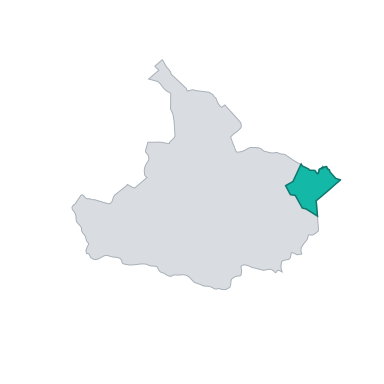 Kapoeta East, Eastern Equatoria, South Sudan (highlighted), rotated 319°
{"feature_id": "79223893B62671962917549", "entity_name": "Kapoeta East", "entity_type": "district", "adm_level": 2, "iso_a3": "SSD", "parent_name": "South Sudan", "parent_adm1": "Eastern Equatoria", "projection": "equal_earth", "projection_center": [35.583, 5.094], "detail": "fine", "context": "in_parent", "style": "filled", "palette": "teal", "viewbox_px": 384, "rotation_deg": 319, "n_neighbors": 0, "source": "geoboundaries", "source_scale": "gbopen_adm2", "svg_char_len": 5887}
<svg xmlns="http://www.w3.org/2000/svg" viewBox="0 0 384 384"><g transform="rotate(319 192 192)"><path d="M271.6,291.5L263.3,302.7L262.7,303.4L261.7,304.3L258.3,304.3L254.9,303.7L251.7,300.8L248.4,303.1L246.3,303.8L245.1,304.0L242.2,304.4L238.1,305.6L236.3,307.1L235.3,308.3L234.5,310.5L234.1,310.7L233.3,310.5L232.3,309.6L230.1,308.3L229.0,305.5L228.0,303.8L227.2,303.0L223.7,305.7L222.0,306.4L220.7,306.3L218.2,304.8L215.4,303.4L214.0,303.4L211.9,305.1L209.4,307.6L208.2,310.1L207.6,311.5L206.7,309.3L205.9,307.9L204.8,307.3L202.4,307.9L201.9,307.1L201.8,305.2L201.4,303.4L200.9,302.1L199.1,300.7L194.5,298.0L190.9,292.7L189.2,290.2L187.9,288.5L186.0,284.3L183.9,281.4L181.4,280.1L179.7,280.7L178.0,283.8L174.7,286.8L173.2,286.9L171.3,285.3L168.9,284.1L164.6,283.7L162.8,285.0L160.4,287.3L158.4,288.6L157.2,288.8L156.0,288.2L154.7,288.0L153.6,287.9L151.3,285.9L150.1,284.4L149.3,282.9L148.0,281.9L146.5,281.1L145.4,279.8L144.9,278.2L144.0,276.1L142.9,274.3L139.4,270.9L138.3,269.0L137.6,267.1L136.2,264.9L134.6,262.1L134.2,257.9L134.1,254.6L133.8,253.1L133.2,251.5L132.4,250.2L131.2,248.7L128.3,246.6L125.4,244.1L123.9,242.6L121.2,242.1L119.6,240.7L118.3,237.6L117.7,235.1L116.4,233.1L115.8,231.7L115.5,230.1L116.6,225.2L115.1,223.4L112.7,221.1L111.1,218.7L110.1,216.4L107.1,213.4L100.5,208.9L96.8,206.0L94.7,203.4L92.9,200.9L92.8,199.9L94.0,197.4L94.2,195.3L93.2,193.0L89.3,188.7L86.2,184.0L83.9,182.5L78.2,181.2L76.6,180.7L74.9,179.8L73.2,177.6L72.6,175.1L73.5,171.1L73.0,169.9L72.0,169.5L72.3,168.7L73.4,166.7L75.2,165.5L79.9,163.5L80.2,162.7L80.3,160.2L80.7,159.0L82.4,155.5L82.6,154.1L82.7,151.1L82.9,149.7L83.4,148.7L84.7,147.0L85.2,146.0L85.4,143.7L85.3,139.2L86.0,137.4L89.0,133.4L89.8,131.5L90.1,129.9L90.1,128.2L90.3,126.6L91.2,125.0L92.0,124.5L94.2,124.0L95.6,124.4L106.1,121.6L107.3,122.0L107.8,123.6L107.7,126.2L107.9,127.5L108.5,128.4L110.1,129.7L111.2,131.8L111.8,132.5L113.5,134.0L121.1,146.0L123.3,147.1L125.4,146.7L129.6,144.2L131.7,143.6L146.5,144.3L148.1,143.9L148.2,144.0L150.4,150.0L151.5,151.4L167.6,151.5L167.3,149.8L167.5,147.8L170.4,144.1L170.8,143.7L173.3,141.9L175.8,140.8L180.5,139.4L182.2,137.2L183.1,135.2L183.2,131.3L183.8,130.6L184.9,129.7L190.4,126.2L191.3,125.5L200.8,133.6L206.1,140.1L206.5,140.4L206.7,140.5L207.0,140.3L207.3,140.0L207.9,139.7L210.2,139.6L214.6,139.3L216.0,138.5L224.8,127.0L227.0,123.3L227.6,122.6L228.9,120.0L230.2,115.5L230.5,115.0L240.1,104.2L240.4,103.3L240.5,102.7L239.1,99.0L238.8,97.2L238.7,94.4L239.0,90.0L238.9,87.2L238.8,86.4L238.7,86.3L233.4,78.3L246.9,78.3L246.9,77.3L246.9,76.9L246.6,76.0L246.5,74.7L246.5,74.0L246.6,73.4L246.6,73.0L246.5,72.7L256.3,72.6L256.1,74.9L254.9,80.1L254.9,83.3L254.7,86.9L254.3,88.0L253.8,88.8L253.7,89.3L253.6,89.6L255.6,109.9L255.4,110.7L254.9,112.0L254.8,112.4L254.7,112.7L254.9,112.9L259.4,115.1L259.6,115.2L259.8,115.4L261.4,118.0L270.1,127.6L270.4,128.1L271.3,131.1L271.4,131.6L271.5,132.3L271.5,132.9L271.2,134.7L271.3,135.5L271.5,136.0L271.6,136.6L271.6,136.8L271.5,137.3L270.2,140.8L269.7,143.2L269.6,145.3L269.7,146.5L269.8,147.3L270.0,147.6L273.9,147.8L273.9,148.9L274.3,167.2L274.3,169.2L274.2,171.8L273.7,172.8L272.7,174.3L271.3,175.6L267.9,175.9L265.0,175.9L263.0,175.6L260.2,175.5L257.6,175.8L256.7,176.9L253.2,186.6L252.2,189.1L251.9,190.5L252.2,191.4L253.5,192.6L256.5,194.3L259.9,195.3L262.4,195.8L264.1,196.2L265.4,196.8L270.2,201.2L271.8,203.2L272.6,205.1L272.8,207.0L273.5,209.0L277.9,215.1L282.1,217.9L283.7,221.2L285.2,222.8L286.7,224.5L287.4,227.0L289.3,234.4L290.5,238.2L291.7,241.4L292.2,246.5L293.2,248.8L294.2,251.6L295.9,254.1L297.7,256.0L298.0,256.5L279.9,280.5L271.6,291.5Z" fill="#d9dde1" stroke="#a8b0b8" stroke-width="1"/><path d="M266.9,279.5L270.9,292.6L271.9,291.1L278.4,282.2L279.8,280.1L292.7,280.3L300.0,280.3L305.3,280.2L311.9,280.3L312.0,280.2L311.9,280.1L309.4,276.1L309.3,267.8L309.3,267.1L309.4,266.9L309.5,266.8L309.5,266.7L309.7,266.4L309.8,266.3L309.8,266.2L309.9,265.9L310.0,265.9L310.1,265.7L310.1,265.4L310.2,265.2L310.1,264.9L310.1,264.7L309.9,264.4L309.7,264.3L309.7,264.2L309.6,263.8L309.6,263.7L309.4,263.5L309.4,263.4L309.4,263.2L309.5,263.1L309.5,262.9L309.5,262.7L309.7,262.4L309.8,262.4L309.9,262.2L310.0,262.1L310.1,261.9L310.2,261.7L310.2,261.4L310.2,261.2L309.9,261.1L309.7,261.0L309.7,260.9L309.7,260.7L309.4,260.7L309.2,260.5L309.0,260.4L308.8,260.4L308.7,260.4L308.6,260.2L308.4,260.2L308.4,260.3L308.2,260.3L308.1,260.2L307.9,259.9L308.0,259.8L307.9,259.7L307.7,259.6L307.4,259.7L307.4,259.4L307.2,259.4L307.3,259.3L307.2,259.2L307.1,259.3L307.1,259.2L307.0,259.3L306.9,259.2L306.7,259.2L306.7,259.3L306.5,259.2L306.5,259.3L306.4,259.3L306.2,259.3L306.0,259.2L305.9,259.2L305.8,259.3L305.7,259.3L305.5,259.5L305.4,259.5L305.4,259.4L305.3,259.5L305.2,259.4L305.3,259.3L305.2,259.2L305.2,258.9L304.9,258.9L305.0,259.0L304.9,259.0L304.8,258.9L304.7,258.8L304.6,258.7L304.4,258.6L304.2,258.6L304.3,258.6L304.2,258.6L303.9,258.7L303.7,258.5L303.7,258.4L303.4,258.4L303.3,258.5L303.2,258.5L303.1,258.4L302.9,258.4L302.8,258.5L302.7,258.5L302.4,258.6L302.2,258.7L302.2,258.8L302.0,259.0L301.9,259.1L301.8,259.3L301.8,259.2L301.7,259.2L301.7,259.3L301.5,259.5L301.4,259.6L301.2,259.7L301.2,259.8L301.0,260.0L300.9,260.0L300.7,260.1L300.4,260.1L300.2,260.2L300.2,260.3L299.8,260.4L299.6,260.6L299.4,260.8L299.0,260.8L298.9,260.8L298.8,260.7L298.7,260.5L298.7,260.3L298.6,260.2L298.6,259.9L298.6,259.5L298.7,259.4L298.7,259.2L298.5,258.7L298.5,258.4L298.6,258.2L298.7,257.9L298.8,257.8L298.8,257.6L298.8,257.3L298.9,257.2L298.8,256.9L298.8,256.6L298.8,256.4L298.8,256.2L295.1,252.8L295.1,252.7L295.1,251.5L295.1,251.2L293.4,247.0L292.5,245.4L292.5,245.0L292.6,244.8L292.6,244.4L292.5,244.2L292.4,244.0L292.4,243.8L292.4,243.5L292.5,243.3L292.5,243.1L292.6,242.9L292.8,242.8L292.8,242.6L292.8,242.4L275.1,250.3L266.8,248.6L264.5,258.5L267.7,262.4L264.7,276.5L266.9,279.5Z" fill="#14b8a6" stroke="#0f766e" stroke-width="1.5"/></g></svg>